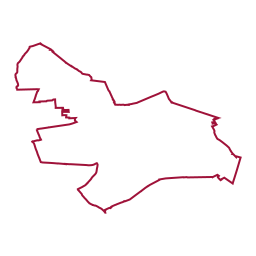 the district of Tytsjerksteradiel, Friesland, Netherlands
{"feature_id": "6326949B88098552401635", "entity_name": "Tytsjerksteradiel", "entity_type": "district", "adm_level": 2, "iso_a3": "NLD", "parent_name": "Netherlands", "parent_adm1": "Friesland", "projection": "natural_earth1", "projection_center": [5.945, 53.205], "detail": "fine", "context": "isolated", "style": "outline", "palette": "rose", "viewbox_px": 256, "rotation_deg": 0, "n_neighbors": 0, "source": "geoboundaries", "source_scale": "gbopen_adm2", "svg_char_len": 5411}
<svg xmlns="http://www.w3.org/2000/svg" viewBox="0 0 256 256"><path d="M165.6,91.7L164.1,91.4L163.7,91.4L163.2,91.5L162.6,91.8L162.1,92.0L158.6,93.7L154.3,95.5L151.3,96.7L139.5,101.7L138.5,102.1L136.8,102.9L132.7,103.7L131.7,104.0L128.9,104.4L128.5,104.5L128.6,104.9L126.6,104.8L125.8,105.0L125.2,104.9L124.6,105.1L123.7,104.7L121.2,104.8L120.9,104.9L119.8,104.7L118.4,104.8L117.9,104.8L115.2,104.7L114.8,103.9L114.8,103.5L114.5,103.4L114.0,102.4L114.3,102.3L114.5,102.2L114.6,101.9L114.5,101.7L114.4,101.4L114.2,101.2L114.1,100.9L113.7,100.5L113.8,100.5L113.5,99.9L113.0,99.2L112.6,98.3L112.0,97.2L111.5,95.9L111.0,95.0L110.8,94.4L109.8,92.3L109.6,91.7L109.5,91.4L109.2,91.2L108.6,90.5L108.2,89.7L104.9,82.0L91.2,80.3L91.4,80.0L91.6,79.4L91.5,79.1L91.5,78.8L91.4,77.7L91.2,77.1L90.5,76.6L89.1,75.0L87.7,74.7L87.2,74.6L86.6,74.6L83.0,73.9L82.4,73.7L81.9,73.3L81.4,72.5L81.2,72.3L80.4,71.7L79.1,71.1L78.7,70.8L78.2,70.4L77.3,69.6L77.2,69.7L76.4,69.1L76.1,69.0L76.0,68.9L75.6,68.8L75.0,68.5L71.5,66.1L71.4,66.3L67.6,63.8L65.7,62.4L65.6,62.5L65.2,62.0L64.6,61.5L64.3,61.2L63.0,60.2L60.7,58.3L52.7,51.9L53.2,51.6L52.8,51.2L52.6,50.7L50.8,49.8L50.7,49.8L51.0,49.5L50.9,49.4L40.4,43.9L40.8,43.7L40.3,43.3L39.4,43.8L38.8,43.9L34.9,45.3L32.6,46.1L29.8,46.7L29.6,46.9L29.5,47.1L29.5,47.8L29.5,48.0L28.7,49.1L28.2,50.0L27.5,51.0L26.8,51.8L26.7,52.1L25.6,53.1L24.4,54.5L24.3,54.9L23.7,55.7L22.8,56.4L22.6,56.8L22.6,57.2L21.9,58.2L19.7,61.5L18.9,62.3L18.7,62.5L17.9,63.2L17.7,63.6L17.5,64.4L17.4,64.8L17.6,66.5L17.5,67.4L17.3,68.9L17.3,69.8L17.3,72.0L17.0,72.7L15.8,73.9L15.5,74.4L15.4,75.2L15.6,76.4L15.6,77.1L15.8,77.1L15.9,77.8L16.2,78.8L16.5,80.4L16.7,80.8L17.1,81.5L17.2,81.9L17.6,82.8L18.0,84.0L18.1,84.8L18.1,85.5L17.2,86.2L17.4,86.3L16.8,86.9L16.6,87.2L16.4,87.8L16.7,88.5L17.3,89.4L17.3,89.7L32.5,89.3L37.0,89.2L38.7,89.3L38.3,90.1L37.9,91.1L37.6,91.4L37.0,92.0L36.9,92.7L36.5,93.6L36.2,94.6L35.8,95.3L35.8,95.9L35.3,97.2L35.1,98.0L34.7,99.1L34.6,99.5L34.1,100.5L33.9,101.3L33.5,102.3L39.6,102.2L39.5,101.5L46.2,101.3L46.2,101.2L47.0,100.8L47.3,100.7L52.2,100.4L52.7,100.1L53.0,99.7L53.5,99.5L55.1,99.4L55.2,102.3L55.7,106.2L55.7,107.9L63.0,107.8L63.1,108.3L62.6,108.4L62.4,110.0L66.1,110.0L68.5,109.9L68.6,110.7L68.4,111.2L68.6,111.5L68.7,111.9L62.2,111.9L62.3,115.3L64.4,115.1L66.4,115.2L66.1,117.4L69.3,117.6L69.3,118.3L75.6,118.0L75.0,118.7L74.9,119.0L74.9,119.4L75.0,120.0L74.9,120.5L75.2,120.9L75.4,121.1L76.2,121.6L76.6,122.0L72.7,123.4L71.1,123.9L69.3,124.4L67.2,124.7L50.2,127.2L49.8,127.3L48.6,127.3L48.3,127.5L41.0,128.6L40.7,128.6L37.5,129.1L37.5,129.5L37.3,130.0L36.9,130.2L37.4,131.5L38.5,134.1L38.6,134.5L39.0,135.1L39.8,137.5L40.9,139.5L41.0,139.7L40.5,139.9L38.4,140.4L38.0,140.4L37.6,140.3L37.3,140.3L33.0,141.4L32.6,141.5L32.5,141.4L32.2,141.6L32.3,141.8L32.5,141.8L32.8,142.1L33.4,142.7L33.8,143.2L34.3,144.2L34.6,145.2L35.7,148.8L36.9,151.7L37.6,154.0L39.2,158.0L39.4,158.3L39.7,159.3L40.8,162.1L41.2,162.2L42.8,162.5L50.2,162.9L54.5,163.2L57.7,163.5L57.8,163.4L62.5,163.8L65.4,164.1L65.3,163.9L69.3,164.2L70.8,164.2L83.6,164.9L87.0,165.1L88.3,165.3L91.1,165.2L92.9,164.9L94.6,164.3L95.3,163.8L96.8,163.2L97.5,164.3L97.6,164.8L97.3,167.0L97.0,168.1L96.6,171.0L96.3,172.4L95.9,173.2L95.2,174.2L92.4,177.0L91.3,178.5L91.2,178.8L90.3,179.9L89.8,180.4L89.3,181.0L88.6,181.7L88.2,182.2L86.5,183.9L86.5,184.0L86.4,184.1L86.5,184.1L85.9,184.7L84.7,185.6L83.1,186.4L82.8,186.7L80.0,188.1L79.2,188.5L78.3,188.9L77.8,189.2L77.9,189.7L78.1,189.9L79.9,191.9L81.8,194.1L81.9,194.4L82.0,194.9L82.4,195.5L84.1,197.4L84.7,198.2L85.4,198.8L86.9,200.5L87.7,201.5L89.0,202.8L89.4,203.3L89.6,203.3L90.9,204.1L92.1,204.6L92.5,205.0L93.1,205.0L94.4,205.5L95.5,205.6L96.0,205.8L96.8,206.2L98.3,207.0L98.6,207.3L100.4,208.2L101.5,208.8L103.6,210.7L104.9,212.2L105.2,212.7L105.3,212.7L104.9,210.8L104.9,210.4L105.0,210.4L105.3,210.3L105.2,209.8L108.6,208.2L109.2,208.0L109.6,207.9L110.5,208.1L110.7,207.8L111.2,207.4L111.0,207.0L111.3,206.7L112.0,206.5L112.2,206.2L112.5,206.1L114.1,205.4L115.0,205.0L116.2,204.6L116.5,204.4L121.1,202.6L121.8,202.4L123.0,202.0L124.2,201.1L124.7,201.4L129.8,199.5L135.8,195.0L140.8,191.3L141.1,191.1L141.3,191.1L141.5,190.8L143.6,189.2L143.9,189.0L144.6,188.4L147.7,186.2L147.8,186.3L149.0,185.5L149.3,185.2L159.4,179.9L159.3,179.5L159.8,179.4L165.7,178.4L183.3,177.2L183.6,177.4L186.7,177.1L186.8,177.1L187.0,177.3L187.5,177.4L188.1,177.4L212.1,177.0L212.5,177.3L213.1,176.9L217.4,174.8L218.9,175.9L218.4,176.4L217.9,176.6L217.8,177.0L217.9,177.3L219.0,178.6L220.3,179.9L220.4,179.7L221.4,179.2L221.6,179.5L221.9,179.2L222.4,178.7L224.3,177.7L232.7,183.5L233.1,182.0L234.4,178.0L236.9,170.0L240.6,157.5L236.5,156.4L236.2,157.2L233.3,154.2L232.7,154.1L232.9,153.9L231.8,152.5L230.7,150.9L230.7,150.7L230.3,150.2L229.8,149.3L229.2,148.0L228.9,147.6L226.6,145.5L222.3,142.1L219.6,140.1L217.8,139.1L217.5,139.0L216.5,137.5L215.6,135.6L215.1,134.8L214.3,132.6L214.3,132.0L214.5,131.1L214.2,130.2L213.3,128.5L212.1,126.4L213.3,126.1L213.6,126.0L214.5,125.6L216.5,124.6L216.3,124.4L215.6,123.1L212.7,123.6L212.7,123.4L212.3,122.4L214.8,121.9L214.7,121.6L214.7,121.4L214.4,120.8L214.2,120.5L213.4,119.8L213.5,119.7L214.6,119.4L215.2,119.2L214.7,119.1L214.6,118.9L218.2,117.9L195.9,110.6L195.1,110.2L172.4,102.7L172.3,102.4L171.5,102.6L171.4,102.5L171.3,102.1L170.7,101.2L168.9,98.9L168.5,98.0L168.3,97.4L167.4,95.3L166.6,93.5L165.6,91.7Z" fill="none" stroke="#9f1239" stroke-width="2"/></svg>